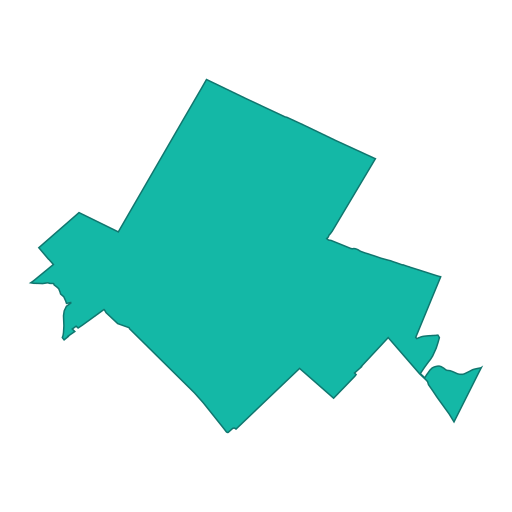 Rosiori, Ialomita, Romania
{"feature_id": "2599482B56196018895853", "entity_name": "Rosiori", "entity_type": "district", "adm_level": 2, "iso_a3": "ROU", "parent_name": "Romania", "parent_adm1": "Ialomita", "projection": "natural_earth1", "projection_center": [26.549, 44.609], "detail": "fine", "context": "isolated", "style": "filled", "palette": "teal", "viewbox_px": 512, "rotation_deg": 0, "n_neighbors": 0, "source": "geoboundaries", "source_scale": "gbopen_adm2", "svg_char_len": 2583}
<svg xmlns="http://www.w3.org/2000/svg" viewBox="0 0 512 512"><path d="M454.0,421.9L476.5,377.1L478.4,373.3L481.1,368.0L481.3,367.6L481.0,367.8L480.0,368.0L477.3,368.5L474.2,369.2L472.6,369.7L471.6,370.2L469.2,371.5L466.7,372.7L465.3,373.4L463.9,374.0L462.7,374.3L460.5,374.3L459.1,374.2L457.3,373.7L453.8,372.1L452.1,371.4L450.1,370.7L446.8,370.3L445.8,369.8L443.8,368.2L441.1,366.6L439.3,366.1L437.9,366.1L436.2,366.4L434.1,367.0L432.1,368.0L431.0,369.1L430.3,369.7L429.1,371.3L428.0,372.9L426.6,374.8L425.2,377.1L424.7,377.7L420.3,373.6L424.4,367.5L428.4,362.0L430.4,359.5L432.6,356.1L436.2,348.2L437.9,342.9L439.4,337.6L437.9,335.1L435.4,335.4L432.6,335.5L430.5,335.7L429.4,335.7L427.1,335.9L424.2,336.2L422.9,336.4L422.0,336.6L420.9,336.9L420.8,337.0L419.5,337.5L419.1,337.6L417.9,338.2L416.8,338.6L416.6,338.3L415.7,337.4L431.1,300.0L440.7,276.8L440.7,276.7L440.4,276.7L439.6,276.5L437.1,275.8L433.6,274.7L426.8,272.5L424.6,271.8L422.4,271.1L416.7,269.3L411.0,267.5L410.4,267.4L409.7,267.0L407.0,266.2L403.0,264.8L402.4,264.9L400.9,264.4L397.0,263.0L392.8,261.6L390.8,260.8L390.0,260.6L388.3,260.2L381.0,258.2L373.8,255.7L370.9,254.8L368.0,253.8L366.6,253.4L365.2,253.0L360.8,251.4L359.5,250.7L358.3,249.9L356.5,249.1L354.8,248.6L354.3,248.6L353.9,248.5L352.3,248.8L350.6,248.4L347.2,247.0L343.8,245.6L337.4,243.0L331.0,240.4L328.6,240.1L326.7,238.6L328.2,237.1L329.1,235.0L330.3,233.8L332.2,231.2L361.1,182.7L373.5,161.9L375.4,158.7L374.4,158.3L337.0,141.1L335.9,140.6L303.1,124.8L286.9,117.3L285.0,116.9L245.6,98.4L206.5,79.5L204.9,82.3L201.3,88.6L182.4,121.1L118.3,231.9L79.0,212.6L38.8,247.7L48.6,259.3L48.9,259.4L53.4,264.5L33.3,281.0L30.7,282.8L33.7,283.3L38.1,283.4L40.9,283.5L42.5,283.6L46.9,282.9L47.9,282.8L49.8,283.4L53.3,283.5L53.7,283.7L54.1,284.9L56.6,286.8L58.7,288.7L60.0,291.9L60.6,294.0L63.8,296.8L65.7,301.0L66.5,303.4L70.7,302.5L70.8,303.1L66.4,306.3L64.2,310.9L63.5,315.7L63.9,325.8L63.5,332.5L63.1,335.3L62.3,337.6L64.1,339.9L68.3,336.5L68.0,336.2L74.8,331.5L72.3,329.0L76.1,326.2L78.1,328.0L82.3,325.2L104.0,309.5L104.4,309.8L106.1,312.7L117.7,323.6L129.2,327.7L129.5,328.7L194.4,392.8L203.2,402.7L219.4,423.0L223.3,427.9L226.3,431.8L227.0,432.3L227.6,432.5L228.2,432.4L232.8,428.3L233.8,428.1L234.7,428.1L235.5,428.7L236.0,429.1L267.8,398.7L299.6,368.4L300.5,369.2L333.6,398.2L354.7,376.4L356.1,374.6L354.5,373.0L361.6,366.7L361.3,366.3L362.0,365.7L388.2,337.6L419.6,373.8L423.7,377.7L426.1,380.0L427.6,381.7L428.5,384.7L432.9,391.0L436.6,396.6L438.6,399.4L445.4,408.8L449.1,413.9L454.0,421.9Z" fill="#14b8a6" stroke="#0f766e" stroke-width="1.5"/></svg>